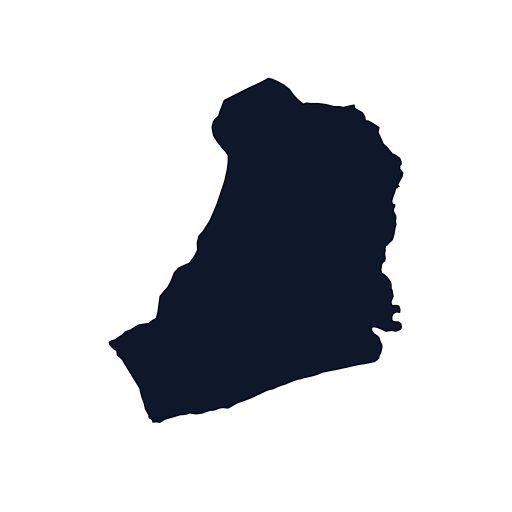 outline of Grand Cess Wedabo, Grand Kru, Liberia, rotated 330°
{"feature_id": "62588387B28167569470031", "entity_name": "Grand Cess Wedabo", "entity_type": "district", "adm_level": 2, "iso_a3": "LBR", "parent_name": "Liberia", "parent_adm1": "Grand Kru", "projection": "equal_earth", "projection_center": [-8.082, 4.634], "detail": "fine", "context": "isolated", "style": "filled", "palette": "ink", "viewbox_px": 512, "rotation_deg": 330, "n_neighbors": 0, "source": "geoboundaries", "source_scale": "gbopen_adm2", "svg_char_len": 3407}
<svg xmlns="http://www.w3.org/2000/svg" viewBox="0 0 512 512"><g transform="rotate(330 256 256)"><path d="M82.8,342.7L84.0,344.8L84.4,346.2L83.9,348.2L87.4,350.0L89.5,351.8L95.5,351.7L99.1,352.5L103.9,353.8L108.4,354.8L111.3,355.5L113.5,356.7L117.4,358.3L119.9,358.4L125.1,362.6L127.8,363.7L128.2,363.9L131.0,365.0L133.6,365.4L137.1,366.1L139.2,366.6L142.0,368.1L145.3,368.8L147.7,369.1L151.8,370.6L154.4,372.6L156.0,373.6L160.7,373.6L166.5,373.6L173.4,375.0L181.0,376.2L185.9,376.6L192.0,377.1L197.8,377.6L201.2,378.3L204.6,379.4L209.3,379.7L214.1,380.6L217.5,381.4L218.2,381.5L221.6,381.8L226.9,382.8L230.8,383.4L233.7,384.6L236.9,385.2L242.3,387.0L247.3,388.4L250.5,389.1L255.1,389.5L262.8,392.1L267.4,393.7L271.5,395.1L275.5,396.3L279.5,397.7L284.7,399.2L290.3,401.0L293.8,402.3L296.6,403.5L298.7,404.1L301.5,405.2L305.9,406.5L309.1,406.2L310.6,405.7L311.3,405.5L312.4,404.0L315.6,401.9L318.9,398.5L320.4,395.9L320.5,392.6L321.5,388.4L320.9,385.8L319.0,382.3L318.8,378.0L320.2,375.6L322.6,375.9L325.2,378.1L328.2,381.8L331.0,386.0L333.8,387.1L336.7,388.3L339.0,390.6L340.9,391.2L344.5,391.6L346.1,390.5L347.4,387.4L346.3,384.4L343.8,382.9L341.7,381.0L341.5,379.4L343.3,376.2L346.2,374.4L349.7,374.5L352.2,376.4L353.8,374.4L354.5,370.8L352.8,369.1L349.4,367.4L348.8,365.7L349.9,363.1L352.2,361.1L354.5,359.4L355.9,355.4L356.5,354.1L356.6,351.8L358.5,348.4L359.4,345.7L359.0,342.4L358.6,339.4L357.5,336.4L356.1,333.4L357.1,330.3L358.6,328.4L360.7,325.8L362.6,324.7L364.9,324.5L366.9,322.3L367.5,319.9L369.0,317.4L370.5,315.8L371.7,313.5L373.1,312.0L375.2,311.9L376.5,311.3L378.1,310.9L381.9,310.0L384.0,308.2L386.3,306.0L388.8,303.0L390.3,301.1L392.9,298.6L394.0,295.5L395.7,293.5L396.9,291.1L397.1,289.5L397.1,286.9L397.3,285.4L398.9,283.5L400.8,282.3L401.5,280.9L400.5,280.0L400.1,278.7L400.9,276.1L402.2,274.9L404.9,272.4L407.7,270.1L410.6,267.2L411.7,266.9L412.4,267.4L413.3,266.5L414.4,266.9L414.1,265.1L419.2,261.8L422.0,260.3L423.7,258.4L424.7,256.7L424.2,255.2L423.8,252.6L425.5,249.6L427.6,248.9L428.6,247.0L429.2,243.2L427.3,239.1L424.9,235.3L424.2,231.3L423.6,227.3L422.1,222.7L422.7,217.0L423.4,209.8L426.5,206.3L425.3,203.5L422.6,198.5L420.7,195.3L418.1,193.7L419.7,189.7L419.6,185.1L416.8,180.3L415.2,177.4L416.2,174.4L414.5,173.8L409.6,172.2L405.9,171.2L403.0,168.5L398.2,165.8L392.2,159.9L386.1,155.2L381.2,152.4L380.1,151.8L376.2,148.9L372.8,148.4L370.1,141.3L368.7,134.7L368.1,128.5L365.4,121.9L361.6,115.7L359.3,112.5L358.1,110.9L355.3,108.4L352.5,108.5L344.9,108.1L336.1,107.3L333.6,107.1L325.4,106.6L306.4,105.5L303.5,107.9L297.3,112.8L293.5,116.4L288.7,117.2L285.8,119.0L282.5,122.5L282.2,123.2L279.6,130.4L279.8,136.6L280.9,144.8L282.2,151.0L282.3,155.2L278.9,161.0L277.1,163.4L274.5,166.8L266.5,175.6L249.0,191.1L242.3,196.3L238.6,199.0L233.7,202.6L222.5,208.4L216.6,210.3L211.9,215.2L209.3,220.3L208.6,221.6L203.9,224.9L198.9,227.3L195.5,228.8L195.0,229.1L190.2,228.5L183.4,227.8L177.3,229.6L169.6,235.7L164.0,239.1L158.8,240.8L152.9,243.0L148.9,248.2L142.9,255.9L138.4,260.4L137.0,260.3L134.5,260.2L129.3,260.9L125.8,259.5L119.9,257.2L115.1,257.3L110.2,257.5L107.4,256.9L104.9,256.6L100.5,257.6L95.9,257.9L92.1,258.3L88.5,257.4L85.8,257.5L85.2,259.9L86.5,265.3L88.4,268.3L86.5,272.6L87.8,275.8L88.7,278.8L88.6,281.3L88.6,282.9L89.4,312.6L88.3,315.6L86.8,321.2L86.1,325.3L85.7,327.7L83.9,333.1L83.8,340.2L82.8,342.7Z" fill="#0f172a" stroke="#020617" stroke-width="1.5"/></g></svg>